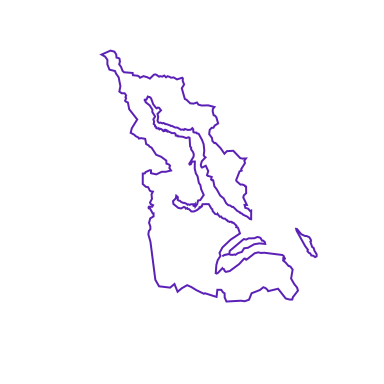 Kvæfjord nor, Troms, Norway (Albers equal-area conic projection), rotated 115°
{"feature_id": "86288312B34366506977107", "entity_name": "Kvæfjord nor", "entity_type": "district", "adm_level": 2, "iso_a3": "NOR", "parent_name": "Norway", "parent_adm1": "Troms", "projection": "albers", "projection_center": [15.952, 68.656], "detail": "fine", "context": "isolated", "style": "outline", "palette": "violet", "viewbox_px": 384, "rotation_deg": 115, "n_neighbors": 0, "source": "geoboundaries", "source_scale": "gbopen_adm2", "svg_char_len": 6099}
<svg xmlns="http://www.w3.org/2000/svg" viewBox="0 0 384 384"><g transform="rotate(115 192 192)"><path d="M254.7,208.6L287.1,188.1L291.4,182.0L287.9,171.4L282.8,169.0L288.5,162.9L283.6,160.6L278.5,157.0L278.4,152.6L279.1,146.6L279.2,138.2L278.3,137.5L276.7,125.4L269.9,127.7L268.3,124.1L270.1,121.1L269.8,121.3L270.1,119.6L273.8,117.8L276.7,114.5L269.8,101.6L268.8,98.2L267.5,96.8L265.5,94.8L258.6,95.2L252.1,89.0L248.2,87.1L248.0,85.0L248.7,82.4L249.7,81.1L243.3,73.1L248.9,62.1L248.3,58.4L247.1,55.7L244.7,56.1L236.6,54.3L234.2,56.4L232.2,60.5L228.6,65.6L219.8,68.0L218.2,70.9L217.9,72.3L218.3,73.1L216.3,77.5L215.6,80.4L213.1,81.4L212.6,80.9L213.3,79.7L212.9,79.7L212.3,81.0L211.4,81.6L210.9,83.5L216.5,100.8L218.1,103.7L218.7,106.4L221.0,109.3L229.7,113.7L230.1,114.2L229.9,114.4L229.9,114.8L230.4,114.7L230.1,116.2L230.4,116.6L237.4,118.8L247.7,124.4L250.1,127.6L249.8,128.9L248.4,130.6L248.6,132.1L248.4,132.3L254.3,134.3L255.5,135.2L255.5,136.2L247.8,139.1L243.0,139.9L237.9,139.2L235.6,141.3L233.7,141.2L229.4,141.0L218.8,136.8L209.3,131.0L205.1,135.1L204.8,135.8L205.2,137.0L203.8,137.4L202.4,141.3L202.8,142.5L202.4,142.7L202.4,144.1L203.3,145.3L203.1,145.8L203.4,147.1L202.8,148.0L203.0,148.2L202.2,151.0L202.8,152.3L202.7,153.9L201.9,155.3L202.7,156.4L201.2,159.2L201.5,159.1L202.1,161.7L200.6,165.2L199.0,166.3L198.9,167.3L195.9,171.7L198.6,177.3L200.8,177.2L201.8,178.0L201.7,177.4L206.4,179.9L208.8,182.0L209.9,184.4L208.8,187.4L209.2,188.8L208.6,189.6L209.7,190.6L208.9,191.8L208.9,193.0L211.5,194.9L212.2,197.7L210.7,203.8L208.3,205.3L204.6,204.0L202.0,204.7L202.6,202.7L205.2,201.6L205.4,200.5L205.1,199.2L205.6,197.9L205.6,195.3L205.1,194.6L205.0,192.2L205.4,190.7L204.8,190.3L204.6,188.6L203.6,187.8L202.4,185.3L203.8,184.9L203.8,184.2L201.9,184.0L203.7,182.8L200.9,182.2L197.1,182.9L195.9,181.1L189.7,180.1L185.6,184.9L182.2,187.3L180.9,189.6L175.4,193.6L173.5,196.4L169.5,199.5L163.2,202.3L164.4,204.8L167.4,204.8L168.1,205.7L167.6,206.4L159.4,205.5L157.1,206.3L155.4,207.9L153.7,210.9L152.1,211.5L151.6,212.9L143.9,217.1L143.8,218.1L145.6,220.2L145.8,223.6L147.6,228.6L147.0,228.9L147.7,230.6L146.4,231.4L146.0,232.6L147.1,235.0L147.1,238.6L147.5,239.4L147.1,239.6L147.5,240.5L146.7,241.0L146.9,242.7L147.5,243.2L148.1,242.4L149.0,243.6L148.0,246.1L148.0,247.2L148.4,247.5L148.3,248.7L148.8,248.6L148.4,249.5L149.2,250.4L149.2,251.3L148.3,251.8L148.2,253.2L147.2,253.6L146.5,255.5L144.3,256.0L142.5,257.7L139.2,257.3L136.2,261.8L134.1,262.7L131.4,266.9L130.2,272.0L128.9,272.7L129.0,273.5L128.7,274.1L128.9,273.5L128.3,273.8L127.3,272.3L124.2,272.4L124.2,271.3L123.8,270.5L124.4,268.7L128.9,264.2L130.9,260.3L131.1,259.3L129.9,258.6L129.6,257.4L131.1,254.6L135.8,256.3L138.1,254.4L141.9,253.4L143.1,252.0L143.2,250.9L142.4,249.9L142.3,247.8L141.5,247.0L141.5,245.5L141.8,245.0L141.2,243.5L140.9,239.6L141.1,238.9L140.6,238.3L140.7,234.5L139.8,232.5L140.2,228.3L139.1,226.5L139.2,225.6L137.9,225.1L137.5,221.9L136.1,219.5L134.0,218.7L134.6,217.4L137.0,216.2L137.2,215.4L136.3,213.1L136.8,212.5L136.4,210.6L140.5,205.0L143.7,201.7L149.2,198.4L153.8,196.9L154.8,195.4L154.9,194.4L160.0,196.1L163.7,195.5L165.2,194.3L165.6,193.2L162.4,190.6L166.2,186.1L170.5,185.5L170.7,184.4L170.0,180.5L172.6,180.0L172.8,179.2L172.5,179.2L172.4,177.9L172.8,177.4L177.3,174.2L179.2,170.6L183.3,165.0L184.4,160.6L187.8,156.2L188.6,153.5L188.1,151.7L188.6,149.4L188.1,148.3L190.0,143.1L190.2,139.7L190.6,139.5L190.5,137.5L191.0,136.1L191.0,131.4L192.0,128.0L191.7,126.9L183.8,130.5L184.7,131.3L183.4,133.9L183.8,137.0L181.5,138.9L180.5,136.8L175.3,143.2L173.2,143.6L170.2,142.4L164.2,145.3L164.4,146.4L163.8,147.0L163.9,149.4L164.8,151.2L163.4,156.1L162.6,157.0L153.2,157.6L151.6,156.0L150.5,157.1L143.4,156.2L141.5,157.8L138.8,157.3L140.4,160.4L140.9,162.6L137.2,172.0L140.2,177.6L143.6,178.8L140.2,184.6L137.6,191.4L138.2,192.5L137.1,195.1L134.6,196.7L132.3,200.9L128.2,202.2L125.5,201.3L124.7,199.7L122.2,199.5L118.8,197.3L114.0,201.5L113.1,203.5L113.3,204.8L110.2,207.3L108.0,208.2L105.5,207.6L106.6,213.9L109.5,219.7L110.1,223.1L108.8,225.3L111.2,227.9L112.4,231.1L110.7,236.0L110.7,237.8L102.3,245.1L97.9,244.6L95.2,247.4L92.9,248.3L92.6,249.2L96.3,253.2L95.9,257.0L97.3,259.4L97.1,261.1L97.4,263.1L99.0,264.0L98.2,266.4L100.0,267.7L100.5,269.9L101.4,270.6L100.8,273.9L101.0,275.1L101.8,276.1L107.0,278.1L106.9,281.2L107.5,284.9L110.4,287.4L109.7,288.8L109.6,290.4L111.1,294.9L109.2,296.1L112.2,304.2L111.6,306.1L108.7,309.1L107.0,312.0L104.3,312.4L101.8,314.1L101.6,315.0L102.1,317.2L99.4,318.8L97.6,321.6L98.3,325.6L105.7,332.1L106.0,328.0L108.0,324.5L112.0,322.7L116.0,318.5L114.9,312.9L116.7,311.0L119.1,306.9L126.4,301.6L131.7,300.3L132.2,297.4L131.0,294.8L131.5,293.7L132.5,292.4L134.2,292.4L134.9,291.3L137.6,291.2L138.0,290.3L138.0,287.9L143.5,283.9L149.4,272.3L159.7,273.5L164.3,272.6L164.5,268.5L165.2,266.6L165.3,263.5L166.0,262.7L164.7,260.9L163.6,256.9L167.9,253.8L168.1,250.9L168.8,249.7L168.9,247.4L173.4,240.2L173.1,234.9L174.4,228.6L177.1,227.1L176.8,224.6L177.5,223.0L179.8,222.7L181.4,220.1L184.9,224.5L186.4,227.9L191.1,231.8L192.3,237.1L189.7,238.3L190.0,239.4L193.6,242.5L195.1,242.6L196.1,244.4L205.6,240.0L206.8,236.0L206.2,233.8L208.6,230.7L208.7,229.5L208.2,227.6L211.2,227.7L215.1,225.4L219.3,225.6L220.4,224.3L220.4,221.7L222.2,221.9L223.5,224.8L224.2,224.9L225.1,224.3L224.9,222.8L228.0,218.6L227.6,217.8L230.3,216.5L233.6,218.7L238.1,217.9L240.8,215.2L243.4,214.0L245.5,214.6L248.8,213.7L254.7,208.6ZM218.9,117.7L213.1,113.6L210.1,109.2L208.1,103.7L206.5,105.0L206.0,107.0L206.5,107.9L204.7,110.5L204.7,112.1L205.2,113.8L207.6,116.0L210.1,121.1L212.2,122.8L212.8,125.2L229.4,132.9L232.3,132.0L235.2,135.9L237.4,137.4L235.3,135.8L232.5,132.0L232.7,130.8L231.8,128.6L230.7,127.1L230.6,126.1L227.8,124.4L225.3,121.5L221.0,121.0L218.9,117.7ZM195.4,62.5L196.8,62.4L197.7,60.5L197.7,58.9L199.1,57.0L198.5,55.1L199.0,52.9L197.7,51.9L195.8,52.7L193.4,56.3L191.3,58.1L191.0,59.9L186.9,63.8L186.1,63.4L184.9,64.3L183.4,66.7L183.5,69.7L184.1,70.8L184.1,75.1L181.2,81.2L181.4,82.0L182.9,80.8L193.2,66.6L195.4,62.5Z" fill="none" stroke="#5b21b6" stroke-width="2"/></g></svg>